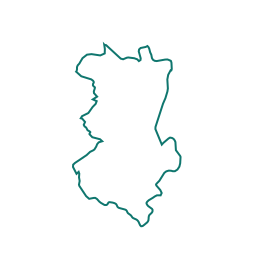 an SVG outline of Isère, rotated 47°
{"feature_id": "FRA-5311", "entity_name": "Isère", "entity_type": "Metropolitan department", "adm_level": 1, "iso_a3": "FRA", "parent_name": "France", "parent_adm1": "", "projection": "equal_earth", "projection_center": [5.636, 45.294], "detail": "fine", "context": "isolated", "style": "outline", "palette": "teal", "viewbox_px": 256, "rotation_deg": 47, "n_neighbors": 0, "source": "natural_earth", "source_scale": "10m", "svg_char_len": 2478}
<svg xmlns="http://www.w3.org/2000/svg" viewBox="0 0 256 256"><g transform="rotate(47 128 128)"><path d="M73.7,124.7L72.8,124.5L71.9,123.5L71.6,122.5L71.1,121.7L69.7,121.3L67.4,121.7L58.3,126.9L51.5,127.5L51.5,127.1L50.3,125.3L48.7,123.8L47.9,122.1L47.7,119.6L47.3,118.4L45.9,113.6L46.4,108.0L49.1,104.3L56.0,98.8L57.6,94.2L54.5,91.1L50.8,88.5L51.2,88.5L52.5,87.5L72.3,86.0L74.4,84.7L75.8,80.9L76.6,79.7L81.3,75.8L84.1,74.4L86.5,74.4L86.8,72.5L85.7,71.2L79.3,67.9L78.1,66.3L78.1,64.2L80.8,59.8L81.3,57.9L82.9,57.9L84.5,58.4L87.8,60.2L90.3,61.0L93.2,62.8L95.1,63.2L97.0,62.7L98.6,61.4L103.2,54.3L104.7,52.5L106.1,51.7L107.1,51.4L107.6,51.0L108.3,50.9L109.9,51.7L114.5,55.6L115.0,56.2L115.4,57.0L115.2,57.1L114.9,57.2L114.8,57.3L116.5,62.3L119.3,66.1L126.3,71.9L128.2,74.3L131.7,80.3L134.1,85.8L146.0,107.2L147.5,108.7L163.2,114.6L163.0,112.4L163.3,105.5L163.7,103.8L165.3,102.6L167.0,102.1L168.9,102.3L170.6,102.9L176.9,108.1L184.0,108.9L185.0,109.3L189.4,113.9L191.3,116.8L192.1,120.2L191.6,123.1L190.3,124.6L188.7,125.6L187.0,127.2L185.8,129.6L185.6,132.1L188.0,141.1L188.2,145.3L188.6,146.2L189.6,146.5L195.4,146.7L198.5,147.7L199.5,150.1L197.0,152.7L196.8,153.4L196.3,155.2L196.0,157.4L195.0,162.1L195.0,164.3L195.5,165.7L196.5,166.2L197.5,166.4L198.8,166.5L203.5,165.6L204.5,165.8L205.5,166.7L206.0,167.6L206.2,168.7L206.2,171.6L206.6,172.7L207.4,173.8L208.3,174.7L209.5,176.1L209.9,177.2L210.1,178.2L209.9,182.1L209.7,184.0L209.3,184.8L208.8,185.4L208.0,185.5L207.2,185.4L203.6,184.2L202.6,184.1L201.7,184.1L200.7,184.3L197.3,185.7L196.3,185.8L194.4,185.5L193.5,185.5L190.4,186.1L189.5,186.0L187.6,185.4L186.6,185.4L185.6,185.8L180.3,189.1L179.3,189.4L178.3,189.4L176.6,188.8L175.7,188.6L174.7,188.8L173.8,189.1L172.1,190.1L169.7,192.0L169.2,192.9L169.4,193.9L169.7,194.8L169.7,196.1L169.0,197.0L168.2,197.7L164.2,198.9L162.1,199.2L159.0,199.1L157.9,199.3L156.7,199.7L155.8,200.7L153.3,204.7L149.3,205.1L137.2,203.1L136.0,202.5L133.8,199.5L130.7,197.5L128.2,194.8L126.4,194.0L126.4,196.9L119.0,194.8L117.4,193.1L117.4,190.6L119.6,176.8L119.6,172.0L120.6,168.7L120.8,167.2L119.9,163.9L118.8,161.6L118.5,159.2L120.1,155.9L117.2,156.1L110.4,160.4L106.3,160.4L105.8,159.9L105.5,158.7L105.3,158.4L104.2,158.4L102.1,159.1L99.1,158.3L97.2,158.7L95.5,158.2L94.3,155.3L90.0,155.1L88.7,155.9L88.0,153.5L90.0,146.8L88.5,139.5L88.3,135.2L87.0,132.6L83.1,134.2L84.0,129.2L79.3,129.1L77.9,128.0L76.4,125.3L75.7,124.5L73.7,124.7Z" fill="none" stroke="#0f766e" stroke-width="2"/></g></svg>